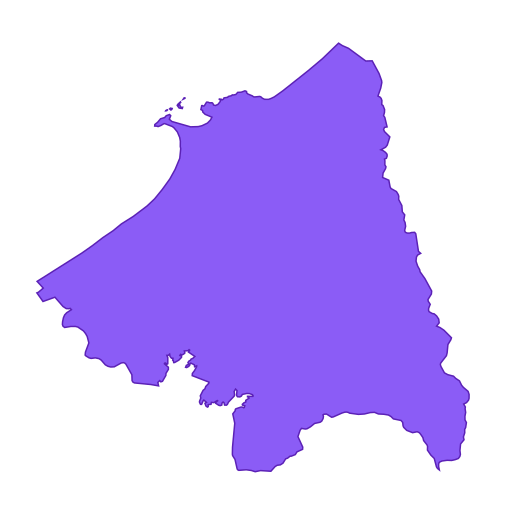 Nui Thanh, Quàng Nam, Vietnam, rotated 272°
{"feature_id": "81297802B34920687321908", "entity_name": "Nui Thanh", "entity_type": "district", "adm_level": 2, "iso_a3": "VNM", "parent_name": "Vietnam", "parent_adm1": "Quàng Nam", "projection": "robinson", "projection_center": [108.549, 15.447], "detail": "fine", "context": "isolated", "style": "filled", "palette": "violet", "viewbox_px": 512, "rotation_deg": 272, "n_neighbors": 0, "source": "geoboundaries", "source_scale": "gbopen_adm2", "svg_char_len": 6061}
<svg xmlns="http://www.w3.org/2000/svg" viewBox="0 0 512 512"><g transform="rotate(272 256 256)"><path d="M48.6,446.7L51.9,445.9L54.5,445.8L56.1,446.3L56.6,447.0L57.6,449.0L58.5,454.1L58.5,458.7L59.4,462.1L60.7,465.3L62.7,466.7L64.9,467.2L68.7,466.6L75.3,467.0L79.6,470.3L82.4,469.6L86.6,470.8L90.0,470.6L91.8,471.5L96.9,472.1L99.5,470.6L103.1,470.4L107.0,471.0L110.7,470.3L112.4,470.5L115.3,468.7L116.8,471.5L119.3,473.4L121.2,473.9L125.1,473.8L128.1,472.7L132.0,467.8L134.0,466.0L138.3,463.7L140.7,459.8L142.8,457.6L144.1,451.8L145.8,448.4L152.2,444.6L154.1,444.0L155.4,444.3L163.0,449.8L165.9,450.4L174.2,450.9L179.0,453.6L181.1,454.2L188.4,446.4L190.9,442.4L192.2,438.9L195.6,441.4L199.3,440.8L202.4,438.6L204.4,436.1L204.7,434.1L206.4,430.9L207.9,430.3L209.8,430.4L213.8,431.8L216.8,429.7L218.5,429.4L224.1,432.6L227.1,432.8L239.3,425.6L246.0,420.5L247.9,420.1L251.6,417.9L256.4,416.1L260.6,416.4L262.6,417.5L264.4,420.5L266.3,418.2L283.8,414.9L285.2,413.7L284.9,410.6L284.2,408.5L284.2,406.5L284.6,405.1L285.4,404.1L286.9,403.7L290.9,404.5L294.7,403.8L297.2,402.5L302.3,403.2L305.2,400.7L311.5,400.0L317.5,396.6L320.7,396.6L322.4,396.0L325.3,394.1L328.2,388.5L329.8,387.6L336.4,386.1L338.9,379.8L343.3,380.1L347.8,382.4L349.7,382.8L351.6,381.6L355.7,381.5L357.3,381.0L358.2,382.9L360.5,383.6L362.3,383.4L364.1,381.8L365.8,379.2L366.5,377.1L369.2,381.7L371.4,383.3L379.7,385.6L384.8,380.1L386.8,379.1L389.0,379.9L389.6,382.5L399.0,379.9L400.7,378.6L404.0,379.4L406.9,379.4L410.8,377.7L411.7,376.4L415.8,376.4L417.8,375.6L419.0,374.6L420.1,372.3L428.2,374.8L433.7,375.7L435.7,375.4L442.7,372.6L455.1,365.3L454.7,358.9L466.8,341.2L469.3,334.9L471.6,331.1L455.4,315.4L442.7,301.3L421.9,276.9L415.7,268.8L414.0,265.6L413.0,263.1L412.9,259.1L413.9,256.9L415.3,255.2L415.6,254.1L414.9,249.1L415.1,247.9L415.9,246.8L417.6,242.3L418.8,240.9L420.1,240.8L420.7,239.2L419.2,235.5L418.9,232.0L416.7,230.2L416.1,227.6L416.2,226.6L415.4,226.0L414.5,222.8L413.6,222.1L412.9,218.5L411.6,218.0L410.9,216.8L410.9,216.1L411.4,216.0L411.7,213.3L410.5,215.1L409.2,214.9L406.2,212.7L405.0,210.3L405.4,208.3L407.0,207.6L407.6,206.8L407.5,204.3L408.1,202.5L408.0,201.2L404.3,199.1L404.0,198.1L404.5,197.2L404.4,196.5L400.4,195.8L399.6,197.5L398.0,197.8L395.8,200.2L393.2,207.1L390.3,205.7L387.1,202.8L384.3,197.4L383.3,193.7L382.8,186.1L387.5,167.2L389.7,164.6L393.2,165.9L394.4,164.7L393.1,161.4L391.2,159.9L389.8,155.8L386.2,153.0L383.9,150.3L382.3,150.2L382.3,152.4L381.9,153.6L383.1,156.4L385.0,159.3L385.1,160.2L382.5,167.8L381.2,169.6L377.2,173.1L371.8,175.6L368.1,176.4L362.8,176.5L360.6,177.0L351.0,176.4L339.6,172.1L330.0,167.2L319.1,159.9L309.5,152.6L302.2,145.4L291.3,132.0L283.4,120.4L276.2,112.2L269.1,102.4L260.7,92.2L252.9,81.9L223.0,38.1L216.5,44.5L212.2,39.8L211.5,38.3L203.1,44.7L207.8,56.5L198.8,64.9L196.8,68.2L196.8,71.0L197.2,72.1L195.9,73.4L192.7,68.8L190.4,66.8L187.6,65.7L183.6,65.0L180.9,64.9L179.2,65.5L177.9,67.2L179.1,73.3L179.3,78.0L178.8,80.4L175.1,86.2L172.5,88.4L169.7,90.1L163.3,92.0L154.0,88.9L151.0,88.7L150.2,89.5L148.4,92.7L147.9,94.8L148.6,99.0L147.9,102.8L146.5,105.0L142.0,109.2L140.6,111.9L140.0,114.7L140.3,118.2L144.4,125.1L144.8,127.3L144.4,128.6L143.3,129.8L133.0,136.1L127.1,136.5L125.6,137.5L124.9,139.0L123.9,155.3L122.8,163.2L126.2,162.3L128.1,164.1L126.9,165.3L127.5,166.9L133.5,170.1L135.5,170.1L139.6,172.4L141.8,172.3L145.1,168.2L145.7,168.4L145.9,169.4L144.7,170.8L145.2,171.6L151.3,171.4L153.6,170.4L153.6,171.7L154.9,173.1L152.6,173.6L150.9,175.1L150.9,176.6L148.9,176.4L148.6,177.0L146.6,177.5L146.7,178.4L149.2,182.5L152.1,185.1L153.4,185.1L153.9,183.4L155.1,184.0L154.6,185.5L155.4,187.1L156.6,188.3L158.6,187.7L159.0,191.3L160.1,192.4L159.8,192.9L159.1,192.9L157.6,191.9L153.5,198.4L151.5,196.4L150.7,194.7L149.6,194.2L148.7,192.7L147.2,191.7L145.5,192.5L144.3,190.2L142.3,189.5L142.1,190.6L143.3,192.6L144.6,193.6L146.2,193.9L146.7,194.6L145.1,198.2L143.2,198.5L144.1,200.5L143.2,200.5L139.1,198.4L136.4,196.5L134.2,196.4L128.3,213.4L127.1,213.2L123.8,210.3L121.5,209.6L119.9,207.8L114.3,205.2L112.1,205.8L108.8,204.6L107.7,204.7L105.8,205.7L105.8,206.8L109.8,208.4L110.2,208.9L108.0,211.6L107.0,210.1L104.3,211.2L103.3,212.7L103.8,213.5L105.8,213.4L106.2,216.2L108.2,216.5L108.0,219.0L110.2,222.3L109.9,222.7L108.2,220.9L107.4,220.8L105.5,224.0L105.2,225.4L105.8,227.0L107.9,227.2L108.9,228.2L108.3,229.1L105.9,229.8L105.9,231.7L106.7,232.6L109.0,233.6L115.2,239.1L116.8,239.4L119.8,238.9L122.3,240.2L120.9,241.7L116.0,241.4L114.7,242.4L114.6,244.8L115.5,246.3L117.2,247.2L118.3,251.6L118.3,254.2L117.3,257.3L116.2,258.0L115.6,257.8L115.5,252.4L114.9,252.4L114.4,253.7L113.7,254.0L111.4,250.8L109.8,250.9L108.9,249.1L107.3,247.5L106.5,247.7L106.0,250.0L104.2,249.6L103.9,249.1L104.6,247.3L104.5,246.2L102.6,241.2L102.0,240.7L100.5,240.5L97.4,238.3L88.1,240.6L64.1,239.2L57.0,239.3L55.7,239.6L52.0,242.1L42.5,244.6L41.7,245.2L41.2,246.3L42.0,253.7L41.5,258.8L40.4,262.7L41.7,268.0L41.4,278.4L46.2,282.4L47.6,284.5L48.1,287.6L49.9,290.2L54.3,292.7L55.1,294.7L57.1,297.0L57.2,298.3L58.9,302.2L61.7,303.8L64.4,309.3L66.6,309.4L77.0,304.2L83.5,306.2L85.3,307.5L84.8,311.3L85.1,313.0L87.2,316.4L90.7,320.4L92.1,325.9L93.2,327.4L95.8,328.7L97.9,329.0L99.6,328.5L100.2,329.3L100.5,332.0L97.5,337.2L97.9,338.9L102.0,347.3L103.0,350.1L103.2,351.9L102.9,353.6L102.2,355.0L101.3,363.9L101.9,369.9L103.5,375.6L103.9,379.9L102.4,383.8L102.3,389.3L101.7,393.9L100.3,396.5L98.0,399.0L96.7,406.7L94.8,408.4L91.4,408.9L89.9,409.6L87.0,412.7L84.9,418.7L86.0,423.2L85.1,425.4L83.8,426.6L80.4,429.1L77.3,430.0L73.2,433.5L71.7,434.1L68.0,434.1L63.1,437.7L59.9,441.2L51.6,443.7L50.0,444.8L48.6,446.7ZM403.9,173.3L403.5,172.2L401.2,174.0L400.8,177.2L402.1,177.5L402.0,175.6L404.9,174.3L405.6,174.2L406.9,175.4L407.4,175.1L404.8,172.5L404.3,173.4L403.9,173.3ZM400.5,167.1L400.8,165.3L400.0,164.5L398.9,165.9L399.8,166.9L400.5,167.1ZM411.5,179.5L411.6,178.7L410.2,177.8L411.1,179.5L411.5,179.5ZM398.8,162.0L398.2,160.7L397.9,160.6L398.1,161.7L398.8,162.4L399.6,162.3L398.8,162.0Z" fill="#8b5cf6" stroke="#5b21b6" stroke-width="1.5"/></g></svg>